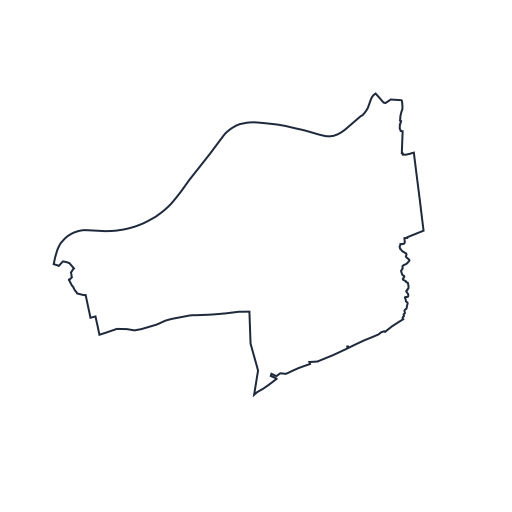 the district of Renkum, Gelderland, Netherlands, rotated 159°
{"feature_id": "6326949B75793102771605", "entity_name": "Renkum", "entity_type": "district", "adm_level": 2, "iso_a3": "NLD", "parent_name": "Netherlands", "parent_adm1": "Gelderland", "projection": "albers", "projection_center": [5.777, 51.992], "detail": "fine", "context": "isolated", "style": "outline", "palette": "slate", "viewbox_px": 512, "rotation_deg": 159, "n_neighbors": 0, "source": "geoboundaries", "source_scale": "gbopen_adm2", "svg_char_len": 5810}
<svg xmlns="http://www.w3.org/2000/svg" viewBox="0 0 512 512"><g transform="rotate(159 256 256)"><path d="M307.5,127.1L304.0,128.4L300.5,129.0L297.0,129.5L290.1,131.2L280.8,133.9L280.8,134.3L282.0,135.5L285.2,138.7L283.8,140.5L280.7,137.2L279.7,136.6L277.2,137.3L275.4,137.8L270.4,135.3L267.2,135.4L264.0,135.7L260.4,135.9L257.0,136.1L253.6,136.1L247.0,135.9L244.3,135.8L244.2,137.9L236.6,135.5L235.8,135.5L235.7,135.4L235.4,135.5L226.7,135.7L220.4,135.8L211.4,136.4L208.9,136.6L206.4,136.7L203.9,137.0L203.2,138.8L202.4,138.5L202.5,137.1L195.9,137.7L187.7,138.3L184.1,138.5L176.8,138.6L169.5,138.9L166.7,139.9L163.3,139.8L162.7,138.9L160.2,139.7L154.2,141.6L146.6,143.2L141.2,144.2L141.3,144.6L141.4,145.3L141.3,145.5L141.3,145.8L141.1,146.0L140.7,146.3L139.7,146.6L139.4,146.9L139.3,147.1L139.3,148.1L139.2,148.5L138.8,148.8L138.0,149.0L137.8,149.1L137.6,149.2L137.4,149.5L137.3,149.8L137.2,151.0L137.1,151.4L137.0,151.7L136.8,152.0L136.6,152.1L136.4,152.3L136.0,152.5L135.2,152.6L134.8,152.8L134.5,152.9L134.0,153.4L133.7,154.0L133.1,155.0L132.2,156.3L131.5,157.3L131.4,157.7L131.3,157.9L131.3,158.2L131.5,158.6L132.1,159.5L132.3,160.1L132.2,160.5L131.9,161.2L131.8,162.1L131.8,162.5L131.9,163.5L131.9,163.8L131.8,164.0L131.7,164.0L131.1,164.1L130.7,164.0L129.5,163.6L129.0,163.5L128.7,163.6L128.5,163.8L128.2,164.2L128.1,164.3L127.8,165.1L127.7,165.4L127.7,166.0L127.7,166.3L127.9,167.2L128.4,168.9L128.4,169.2L128.4,169.3L128.0,169.7L127.8,169.8L127.1,169.9L126.9,169.9L126.8,170.1L126.7,170.4L126.5,170.7L126.3,170.8L125.4,171.1L125.2,171.3L125.1,171.5L124.8,172.4L124.2,173.8L124.2,174.8L124.0,175.6L123.9,176.0L123.9,176.5L124.0,176.8L125.1,177.7L125.0,178.1L125.0,178.3L125.2,178.8L125.5,179.1L126.4,180.2L127.1,181.0L127.2,181.5L127.2,181.8L126.9,182.2L126.4,182.6L125.8,182.8L125.6,182.9L125.3,183.1L125.2,183.3L125.0,183.6L124.9,184.0L125.0,184.3L125.0,184.5L126.0,185.6L126.1,185.9L126.1,186.1L126.1,187.7L126.0,189.4L126.0,189.7L125.8,190.2L125.5,190.5L125.2,190.7L124.2,191.4L123.9,191.5L123.7,191.7L123.6,191.9L123.4,192.3L123.0,193.7L122.9,194.0L122.7,194.1L121.6,194.5L121.3,194.6L120.6,194.6L119.4,194.6L118.9,194.7L118.0,194.9L117.4,195.1L116.1,195.8L115.5,196.2L114.8,196.5L114.6,196.6L114.3,197.0L114.3,197.5L114.4,197.9L114.7,198.4L116.0,200.7L116.1,201.0L116.2,202.1L115.5,202.7L115.2,203.1L115.0,203.5L114.9,204.0L114.9,204.3L115.0,204.7L115.1,204.8L115.8,205.5L116.4,206.6L117.2,207.4L117.5,207.7L117.7,207.9L118.3,210.1L118.5,210.5L118.8,210.8L118.8,211.4L118.7,211.8L118.7,212.6L118.6,213.3L117.9,213.9L117.6,214.2L116.9,215.4L115.1,214.7L115.0,214.8L113.9,214.5L113.2,214.5L112.2,215.4L111.0,219.5L108.3,218.7L108.1,219.3L90.5,219.6L90.4,220.0L89.1,225.2L87.4,232.1L86.9,234.0L86.2,236.8L85.8,238.6L85.4,240.1L82.7,250.7L82.3,252.5L81.9,254.2L81.1,257.2L81.0,257.8L80.8,258.6L76.2,277.4L76.0,278.2L73.8,287.1L72.7,291.5L71.6,295.9L72.2,295.9L73.1,296.2L75.2,296.2L79.9,296.9L82.6,298.0L82.2,299.0L82.8,299.4L82.7,299.7L83.0,299.8L74.4,319.9L76.1,320.9L76.0,321.7L76.1,322.5L76.2,322.8L76.1,323.2L76.1,323.6L74.6,327.1L74.4,327.4L74.2,327.6L73.9,327.6L73.0,329.1L72.6,329.2L72.5,329.3L72.2,330.0L72.9,330.7L73.0,330.9L73.0,331.1L71.9,332.8L71.6,333.8L71.3,334.3L71.1,334.8L70.1,336.2L69.8,336.7L69.8,336.8L69.6,337.1L68.7,338.3L67.0,340.3L66.6,340.9L66.3,341.6L65.9,342.6L65.5,343.6L65.3,344.3L65.2,344.9L64.8,345.9L64.5,347.2L64.4,347.5L64.2,348.2L64.4,349.3L74.1,353.8L80.4,352.4L81.9,353.5L82.7,355.5L82.9,356.2L83.1,356.7L83.6,358.1L85.1,362.1L86.1,364.8L88.6,364.1L91.1,362.6L93.6,359.9L98.4,354.3L100.4,352.6L103.5,350.6L106.0,349.3L108.2,349.0L125.7,342.7L128.4,341.8L132.5,340.8L136.3,340.3L140.5,340.4L144.3,341.3L147.8,342.8L150.8,344.8L154.1,347.1L164.6,355.1L168.2,357.6L173.5,361.1L182.0,366.9L189.0,371.1L200.3,376.9L207.0,380.2L210.3,381.7L213.0,382.6L213.9,382.9L216.8,383.7L220.3,384.3L223.6,384.9L227.0,384.9L228.0,384.8L231.9,384.2L234.9,383.5L238.3,382.4L240.3,381.6L242.7,380.3L262.9,367.6L291.5,350.6L293.9,349.0L303.0,343.0L310.0,338.8L314.8,336.1L317.1,334.9L318.7,334.2L321.5,333.0L323.3,332.3L325.9,331.4L328.7,330.5L334.5,328.9L337.0,328.4L345.0,327.3L349.0,326.9L353.3,326.8L356.7,326.8L359.1,326.9L361.2,327.1L362.6,327.2L365.5,327.5L370.2,328.2L373.3,328.9L376.7,329.6L378.5,330.1L382.4,331.3L384.4,332.0L386.5,332.7L389.9,334.1L392.9,335.5L404.2,340.5L407.1,341.7L408.4,342.1L410.1,342.5L412.7,342.9L414.2,343.0L416.6,343.1L417.9,343.1L419.2,343.0L420.1,342.9L422.4,342.5L423.8,342.3L426.4,341.5L428.2,340.8L429.8,340.0L432.7,338.5L433.5,338.1L434.3,337.5L435.1,336.9L436.3,335.8L437.7,334.5L438.8,333.4L440.3,331.6L442.6,328.6L444.0,326.7L447.8,320.9L444.5,318.3L444.0,317.6L443.7,317.4L438.9,319.8L438.3,320.1L438.1,320.1L437.4,319.7L435.7,318.6L434.8,318.0L433.9,317.2L433.5,316.6L432.8,316.3L430.4,309.6L431.4,309.3L433.2,307.9L434.7,306.9L434.8,305.8L435.0,304.9L435.2,304.0L435.3,303.7L435.4,303.3L435.5,303.1L435.5,302.7L435.7,302.4L435.6,302.1L436.3,301.7L437.0,301.4L437.3,301.3L437.6,301.1L438.6,301.1L439.1,301.0L439.2,300.9L439.2,300.6L439.3,300.4L439.2,300.1L438.9,299.3L438.9,298.8L438.9,298.1L438.6,295.9L438.5,295.0L438.4,294.4L438.0,293.3L437.7,292.4L437.7,291.4L437.4,288.9L437.2,288.2L437.0,287.8L436.7,287.1L436.5,285.7L436.5,285.3L436.4,285.1L436.2,285.1L434.9,284.1L434.7,283.9L430.6,281.1L429.0,280.6L430.3,272.7L430.6,270.8L431.9,262.4L432.7,257.7L427.5,257.1L427.9,254.7L428.6,250.0L428.7,249.3L428.9,247.9L430.4,238.6L423.5,238.2L412.0,237.8L402.7,234.0L396.1,230.1L392.3,229.4L389.8,228.9L388.7,228.8L387.7,228.7L373.8,227.6L372.5,227.6L370.2,227.7L366.2,228.0L365.4,228.0L363.4,228.1L357.4,227.5L339.0,224.2L336.3,223.4L333.2,222.2L320.8,218.0L317.0,216.8L309.2,214.5L307.2,214.0L306.1,213.6L292.0,210.1L282.1,206.4L292.5,176.1L294.8,151.5L295.2,148.2L307.5,127.1Z" fill="none" stroke="#1e293b" stroke-width="2"/></g></svg>